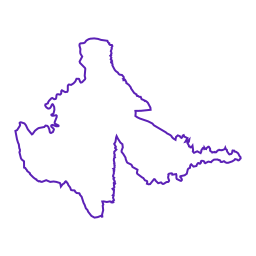 outline of Leribe, Leribe, Lesotho
{"feature_id": "5366337B97368011547382", "entity_name": "Leribe", "entity_type": "district", "adm_level": 2, "iso_a3": "LSO", "parent_name": "Lesotho", "parent_adm1": "Leribe", "projection": "albers", "projection_center": [28.079, -28.875], "detail": "fine", "context": "isolated", "style": "outline", "palette": "violet", "viewbox_px": 256, "rotation_deg": 0, "n_neighbors": 0, "source": "geoboundaries", "source_scale": "gbopen_adm2", "svg_char_len": 5834}
<svg xmlns="http://www.w3.org/2000/svg" viewBox="0 0 256 256"><path d="M240.6,158.5L240.5,157.1L239.5,156.0L238.1,153.3L236.2,151.9L234.7,151.6L234.3,150.7L232.6,150.5L232.3,151.1L232.3,152.4L231.3,153.9L229.4,154.4L229.0,154.1L227.1,151.4L226.8,149.8L225.9,149.3L225.3,147.7L224.8,149.0L222.5,150.1L222.0,150.0L221.2,150.3L219.2,149.8L218.9,150.2L218.0,150.3L217.0,151.2L216.3,152.2L215.0,152.4L214.7,151.9L212.3,152.5L212.2,152.1L210.5,151.2L210.1,150.6L210.1,148.7L208.9,146.8L208.3,146.7L206.0,148.6L206.0,149.0L205.1,148.8L204.6,148.0L204.6,148.7L204.2,149.0L203.6,147.6L202.8,148.1L201.3,150.4L201.3,151.6L200.6,153.1L197.2,151.3L194.0,152.8L192.8,151.5L193.1,150.1L192.5,145.7L191.4,147.3L190.4,147.4L189.8,146.5L189.0,146.4L188.7,145.2L187.5,143.1L188.9,141.6L189.2,139.7L188.1,140.9L185.4,141.7L187.5,138.1L184.3,136.6L183.7,135.1L182.7,135.6L182.3,137.0L181.6,137.9L180.6,137.4L179.9,136.2L177.8,135.4L176.0,137.0L175.5,139.8L173.5,138.6L172.1,137.3L171.3,135.9L170.0,134.9L166.9,133.3L165.8,132.3L153.9,125.3L152.4,123.5L148.0,121.3L139.8,118.5L137.3,117.3L135.4,116.0L135.7,112.8L135.4,110.9L141.0,110.8L150.6,109.8L150.4,107.6L147.8,102.7L146.6,101.6L145.4,100.8L144.8,101.0L143.9,100.1L141.6,99.2L140.7,96.9L139.8,96.9L138.8,96.6L138.1,96.0L137.1,96.0L136.7,95.5L136.6,94.5L134.2,93.0L131.0,88.4L130.8,87.4L128.8,84.8L126.3,83.0L126.4,82.4L125.2,80.0L124.9,79.7L124.3,80.2L123.7,80.2L123.9,79.7L123.1,78.9L123.8,78.5L123.7,77.0L122.0,75.0L119.5,74.6L118.5,73.7L117.9,72.6L115.8,71.1L114.7,69.8L112.4,65.4L112.6,64.7L112.2,63.8L112.3,63.2L111.3,62.6L112.1,61.1L111.9,60.8L111.3,61.1L111.5,59.9L110.7,59.2L111.4,57.8L110.3,55.7L111.2,55.2L111.0,54.2L111.5,53.6L111.3,52.1L110.8,51.2L111.8,48.7L111.5,47.8L112.4,46.1L111.9,45.0L110.2,45.0L109.4,44.4L109.1,43.9L109.3,43.3L108.0,42.3L107.4,40.8L101.0,39.9L98.0,38.9L94.2,38.4L90.4,38.7L88.6,39.2L86.3,40.6L84.9,42.5L83.7,43.1L80.4,43.4L79.7,44.0L79.5,44.9L79.5,45.8L80.4,49.0L80.2,51.7L80.4,53.6L82.2,56.6L79.6,61.5L80.0,62.9L85.0,68.0L85.3,68.8L84.7,75.9L85.3,78.3L85.0,79.3L82.1,82.2L80.9,82.6L80.1,81.7L79.1,79.0L78.7,78.8L76.5,78.8L75.3,81.5L73.5,83.4L71.1,84.9L68.9,84.5L68.4,84.8L67.8,85.9L67.8,90.5L67.3,91.8L65.2,92.1L61.9,90.3L61.2,91.2L61.3,92.9L60.8,94.1L60.1,94.6L57.9,94.2L56.9,94.5L56.5,95.3L56.2,97.9L55.6,99.0L54.2,99.2L52.3,98.0L51.4,98.3L49.1,100.7L48.2,102.1L47.9,103.3L45.4,104.4L45.2,105.5L45.5,106.1L46.4,107.4L48.2,108.6L49.5,108.4L50.1,108.0L50.9,106.9L51.9,104.6L52.5,104.2L53.0,104.5L54.2,107.1L54.4,109.7L53.7,112.9L53.1,113.8L51.4,114.6L51.4,115.1L51.7,115.5L52.8,115.8L56.1,115.2L56.7,115.7L56.7,117.0L54.8,121.8L54.6,123.0L55.1,123.7L58.4,125.4L58.6,125.9L58.3,126.2L56.3,126.3L52.6,124.9L51.5,125.2L51.2,125.7L51.3,126.6L53.6,128.7L53.9,129.6L52.9,132.0L51.0,133.0L50.4,132.8L49.8,132.0L49.3,129.4L48.2,126.7L47.1,125.8L45.5,125.6L44.3,127.0L38.9,128.0L37.7,128.6L35.0,130.7L32.6,134.0L31.9,134.4L27.8,129.3L25.8,125.1L24.4,123.4L21.0,122.3L20.3,122.3L19.6,123.0L20.1,125.0L19.8,125.9L17.1,130.1L15.4,130.9L17.0,139.3L18.0,142.6L18.8,144.3L19.3,148.2L19.9,149.6L19.9,151.3L19.4,152.1L20.9,158.1L21.7,159.5L24.0,161.3L24.1,167.6L25.3,168.0L26.0,169.2L26.6,169.7L27.2,171.0L29.8,173.1L30.0,173.4L29.9,173.9L30.4,174.5L33.3,177.4L35.1,178.8L36.4,179.4L36.6,180.1L38.8,181.4L39.8,181.1L40.3,181.6L41.9,181.9L46.2,180.2L50.2,181.9L53.5,181.5L56.3,181.9L59.9,183.0L60.4,184.1L60.9,186.6L62.6,184.3L64.2,183.3L65.1,181.8L65.8,181.3L66.4,181.6L66.5,182.3L67.0,182.6L67.7,183.4L68.4,185.2L70.1,187.4L71.0,189.9L72.2,190.3L74.4,190.4L74.8,190.7L75.1,191.6L76.6,193.0L79.3,193.3L79.5,193.9L79.9,194.2L80.0,194.9L81.6,196.7L83.6,202.9L84.6,204.7L85.9,208.4L87.4,209.9L88.2,211.8L91.4,215.9L94.5,217.6L97.7,217.1L101.3,215.7L102.4,217.4L102.1,214.5L103.2,210.1L102.7,205.6L103.3,204.6L102.3,201.5L103.6,201.4L106.8,202.0L110.0,201.4L110.7,201.6L111.3,202.4L112.8,202.5L113.4,202.1L112.8,201.2L114.0,200.1L113.0,197.7L113.6,195.7L112.8,195.3L113.7,194.2L114.0,189.9L113.0,189.6L112.5,188.8L113.9,188.0L114.3,187.5L114.3,186.7L113.9,185.8L114.0,184.9L115.2,183.5L114.8,182.7L114.3,183.5L113.8,183.4L113.8,182.7L114.7,181.9L114.8,181.4L113.4,178.9L114.2,177.8L113.6,177.4L113.0,176.1L113.9,173.2L113.8,172.3L114.1,171.4L113.7,171.0L113.7,170.4L114.3,169.9L113.4,168.8L114.0,168.6L114.6,167.6L114.5,166.1L114.7,165.4L114.3,164.9L114.5,163.7L114.1,163.2L114.4,162.8L113.8,160.3L114.0,158.3L115.0,157.3L114.4,156.5L114.5,155.6L114.8,155.2L114.7,154.4L114.2,153.7L114.3,151.6L116.4,149.6L115.1,148.1L115.1,147.7L115.9,146.9L114.2,143.9L115.2,142.4L115.6,141.1L116.1,137.6L116.6,136.1L117.9,138.7L120.4,142.6L122.4,144.2L122.8,147.4L121.6,150.5L121.6,151.9L123.3,154.0L125.5,157.6L125.8,159.4L126.9,162.1L127.5,162.8L130.9,164.4L131.7,165.1L132.5,167.0L137.5,169.7L136.9,172.9L137.4,173.9L142.4,177.6L143.3,178.0L144.9,180.3L146.9,181.0L147.3,182.0L146.9,183.7L148.5,184.3L150.1,184.1L154.0,179.2L154.6,179.2L155.2,179.7L155.5,180.6L158.2,183.2L161.0,182.4L162.6,183.9L163.6,183.9L166.4,182.1L168.3,181.9L168.9,181.2L169.1,180.5L168.2,177.9L168.1,177.1L168.5,175.6L168.3,174.4L169.1,173.7L171.3,173.3L172.0,173.5L172.3,174.7L176.1,174.1L176.4,175.1L176.4,178.0L176.8,179.0L180.5,180.8L181.2,180.8L181.9,179.9L181.5,178.4L180.2,176.9L180.4,176.2L184.6,175.3L186.8,173.7L187.8,169.4L188.4,168.6L190.0,167.8L190.2,165.7L190.7,164.7L191.2,164.3L193.5,166.6L196.4,166.0L197.0,164.4L197.9,163.2L198.8,163.0L199.4,163.7L200.1,163.7L201.0,162.6L200.9,161.3L201.7,160.8L203.0,160.9L204.2,161.5L204.5,162.7L205.2,163.2L208.3,161.6L211.1,162.2L212.3,160.8L214.1,159.6L217.7,159.5L218.5,160.1L219.1,160.0L220.2,160.5L220.6,161.8L221.1,162.0L222.3,161.9L223.9,161.2L224.3,161.3L225.3,162.3L226.6,162.8L228.1,162.8L232.2,161.4L234.4,160.0L235.1,159.1L237.1,159.6L237.9,160.3L238.5,160.4L239.4,159.9L239.6,159.4L240.6,158.5Z" fill="none" stroke="#5b21b6" stroke-width="2"/></svg>